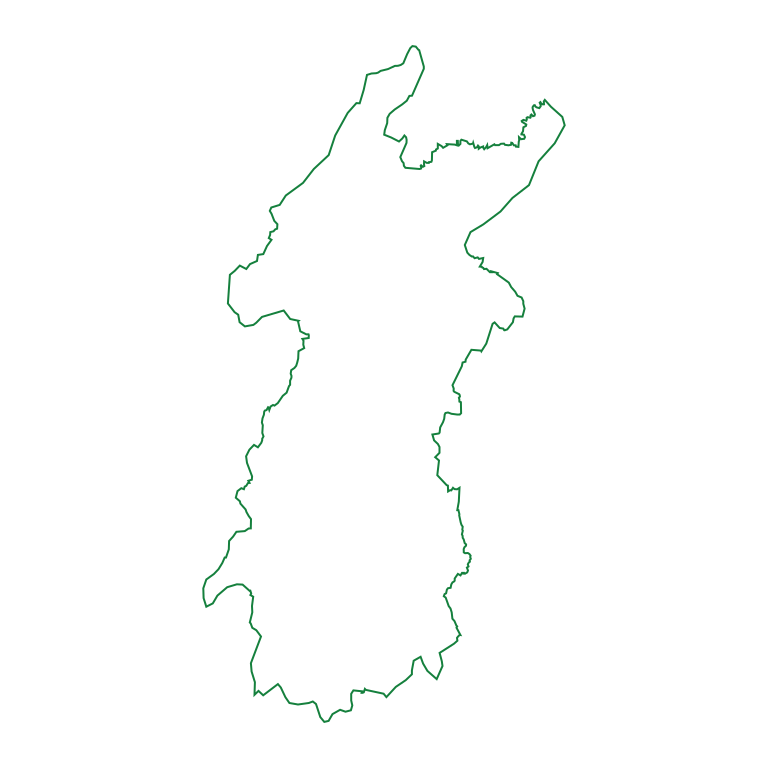 outline of Kota Metro, Lampung, Indonesia
{"feature_id": "22746128B64737377738458", "entity_name": "Kota Metro", "entity_type": "district", "adm_level": 2, "iso_a3": "IDN", "parent_name": "Indonesia", "parent_adm1": "Lampung", "projection": "equal_earth", "projection_center": [105.315, -5.118], "detail": "fine", "context": "isolated", "style": "outline", "palette": "green", "viewbox_px": 768, "rotation_deg": 0, "n_neighbors": 0, "source": "geoboundaries", "source_scale": "gbopen_adm2", "svg_char_len": 6093}
<svg xmlns="http://www.w3.org/2000/svg" viewBox="0 0 768 768"><path d="M254.5,694.8L258.5,690.9L263.2,695.3L277.9,684.1L280.8,687.5L285.4,697.2L289.4,703.0L298.0,704.5L308.8,703.0L312.8,701.5L316.0,704.0L320.3,717.1L324.3,721.9L328.6,720.9L332.5,714.1L340.1,709.8L345.5,711.7L350.9,710.3L352.3,705.4L351.2,700.5L351.2,693.8L353.4,690.4L362.0,691.3L361.6,692.8L362.7,692.8L363.8,692.3L364.9,688.9L365.9,689.9L383.6,693.7L386.4,697.1L395.8,686.9L405.8,680.1L411.9,674.3L411.9,670.4L413.7,660.7L420.6,656.8L423.1,663.6L427.4,670.9L436.7,679.1L442.5,666.0L441.8,661.2L439.6,652.9L454.0,643.7L457.4,640.7L457.0,637.9L457.9,636.7L459.7,634.9L460.4,635.0L456.5,627.7L457.2,626.4L456.4,625.6L454.5,621.1L452.4,618.7L451.7,612.4L450.5,608.5L448.7,606.1L445.7,597.6L443.8,596.2L444.6,594.1L446.1,593.3L446.9,589.6L448.0,588.2L450.6,587.8L451.3,584.4L452.5,582.4L454.3,581.3L454.7,580.5L454.7,578.5L457.9,573.9L460.5,575.4L462.0,572.9L463.7,572.9L463.5,573.6L465.0,573.7L467.2,572.4L468.0,570.5L466.9,567.6L468.5,566.5L467.8,564.3L468.8,562.5L469.9,561.7L469.6,560.3L470.8,558.8L470.2,557.0L470.6,555.7L469.4,554.0L467.8,553.0L465.1,553.2L463.8,552.4L463.7,549.1L464.4,547.3L466.0,545.7L466.1,544.4L464.7,543.1L463.7,539.4L462.7,537.8L462.6,535.8L461.9,534.4L462.8,530.7L462.3,529.7L462.7,526.7L461.4,524.7L460.7,522.4L459.2,515.3L459.4,514.2L458.4,510.1L457.3,510.1L458.8,501.7L459.5,487.8L457.1,489.3L454.5,489.1L453.0,487.8L451.3,490.4L450.1,490.2L448.1,491.4L447.9,485.6L446.6,485.1L437.3,475.2L439.0,460.5L435.2,457.2L439.5,452.8L439.5,447.0L437.9,444.0L434.1,440.4L432.4,434.5L438.8,433.5L439.6,432.6L440.2,427.4L443.0,422.2L444.2,418.8L444.7,414.5L445.5,413.0L448.0,412.5L451.5,413.8L456.9,414.5L459.8,414.5L461.1,413.2L460.9,402.2L459.4,401.6L459.3,399.1L458.9,397.8L459.9,396.6L459.7,395.1L459.2,394.2L454.3,391.8L453.6,390.9L453.7,388.5L452.5,385.2L461.8,366.3L462.6,362.5L465.5,361.7L465.7,359.6L471.4,349.8L481.1,350.6L481.4,351.3L486.3,343.6L492.6,323.8L494.6,322.4L499.7,328.0L503.3,328.6L504.2,330.2L504.7,330.3L507.3,329.4L512.9,322.2L513.6,318.4L514.8,316.4L522.5,316.6L524.6,308.6L523.3,303.8L523.3,301.2L521.6,297.5L517.5,295.8L515.2,291.7L511.2,287.1L508.8,282.6L497.1,274.2L497.8,273.1L491.6,271.4L492.0,272.2L489.9,272.2L486.5,268.8L484.0,269.1L483.3,267.9L482.2,267.5L481.8,266.8L479.8,266.6L482.6,262.0L483.2,258.0L479.0,258.9L477.7,257.4L474.6,258.2L473.0,256.4L471.8,256.5L469.4,254.9L467.3,252.6L464.8,245.0L470.5,232.1L483.3,224.4L500.5,211.5L512.4,198.0L529.0,185.1L538.6,161.3L554.7,143.3L564.7,125.3L562.3,116.9L550.9,106.7L544.8,99.9L543.8,101.4L544.0,104.3L542.8,104.4L541.2,103.4L540.4,102.1L539.7,102.7L540.7,105.1L540.7,106.2L539.3,108.1L536.7,107.4L535.5,106.6L534.8,105.2L534.1,105.2L533.1,106.3L532.6,107.2L532.6,108.1L533.0,110.0L534.9,114.3L534.5,115.7L533.0,116.2L531.4,114.5L530.5,115.4L530.7,117.1L530.4,117.7L527.4,117.2L526.6,117.8L526.8,119.5L526.3,120.7L523.4,119.9L521.7,121.0L522.0,121.8L526.3,124.5L526.0,125.9L523.4,127.3L523.0,131.3L521.4,133.9L521.4,134.4L523.9,134.7L525.0,137.1L524.2,138.8L521.1,139.2L519.0,137.2L519.2,140.4L518.8,141.4L518.4,146.9L515.9,146.6L515.6,145.3L513.8,145.3L512.2,142.9L511.3,142.7L511.0,144.8L508.5,145.3L504.9,144.8L504.0,143.6L500.9,143.8L499.0,145.1L495.0,145.1L494.4,144.3L487.6,148.2L487.2,145.1L486.2,147.0L484.2,149.2L483.1,147.5L483.1,146.5L480.4,147.5L478.8,148.7L478.8,146.5L478.0,145.6L477.0,147.3L475.0,148.0L474.3,146.8L473.2,142.9L473.0,143.6L469.9,144.3L468.3,143.4L466.9,141.4L461.4,139.7L460.4,140.9L460.4,143.9L458.7,145.6L458.0,145.1L457.8,140.9L456.9,140.9L456.9,145.3L454.8,144.6L446.8,144.1L447.4,145.3L443.1,147.8L441.6,146.1L437.8,143.9L437.8,148.5L436.0,149.5L435.8,150.7L432.1,152.2L431.9,160.4L431.4,161.8L428.9,162.2L428.8,162.9L426.8,162.9L424.1,161.4L424.0,164.3L424.3,166.1L422.9,166.8L421.1,165.3L420.7,165.8L421.2,167.3L421.1,168.5L419.6,169.0L405.4,167.8L403.9,165.8L403.6,163.1L402.0,161.2L400.3,157.1L406.5,142.9L406.6,139.8L406.1,137.3L404.4,135.5L402.3,138.5L399.0,141.5L391.2,137.5L384.2,134.7L384.8,130.2L387.2,123.1L387.4,117.8L389.7,113.8L394.7,109.5L402.2,104.4L406.8,100.7L409.4,95.9L412.0,95.7L423.8,68.8L423.8,66.5L419.2,50.2L418.4,49.8L415.8,46.6L412.4,46.1L410.3,48.1L407.2,54.0L403.3,63.3L400.7,65.0L397.9,65.8L394.9,65.9L387.9,69.1L380.6,70.9L378.1,72.6L376.2,73.2L371.5,73.5L367.0,74.9L363.7,89.9L359.7,103.3L356.4,103.1L347.7,112.9L335.2,135.5L328.7,155.1L313.8,169.0L303.0,182.9L285.8,195.5L279.7,204.9L271.3,207.5L269.8,210.9L271.5,213.7L274.3,220.9L277.4,224.2L277.1,228.7L275.3,229.3L273.5,231.3L270.3,232.1L270.1,235.0L268.8,238.1L271.5,239.8L267.0,246.0L263.3,254.1L257.9,254.9L257.0,261.0L250.0,264.1L246.3,269.0L239.8,265.6L234.7,270.9L229.9,274.8L227.9,303.5L234.6,312.2L238.2,314.7L239.6,322.2L244.9,326.4L253.4,324.9L256.3,322.7L262.0,316.9L283.7,310.5L290.2,319.0L298.6,320.8L298.0,321.3L300.3,331.3L306.2,334.3L308.5,334.3L308.8,335.2L308.7,338.0L302.4,338.9L303.5,340.7L303.3,344.7L304.2,348.1L298.5,351.2L298.2,358.5L297.2,362.6L296.2,365.8L294.4,368.0L291.2,370.2L290.7,373.7L291.5,375.9L291.4,377.8L290.1,380.7L290.1,384.8L289.0,386.1L286.6,392.7L282.8,395.8L277.8,403.1L274.5,405.6L273.0,405.0L270.6,406.5L269.3,410.0L268.6,407.5L268.1,407.2L266.5,410.1L264.8,410.6L264.2,411.7L263.9,414.7L262.5,418.4L261.9,422.6L262.8,425.2L262.3,433.0L263.5,436.4L262.2,438.8L262.2,440.3L261.3,442.8L257.9,447.3L254.0,444.9L249.4,449.7L246.1,456.3L247.0,462.9L252.1,476.4L251.8,479.7L248.3,480.8L249.5,482.9L247.9,483.1L246.3,485.8L244.7,486.6L243.9,489.2L241.3,488.2L237.5,491.1L235.8,497.7L239.9,501.3L240.4,503.6L245.6,509.5L246.5,512.1L248.7,516.0L251.0,519.1L250.8,528.4L248.6,528.5L244.8,531.1L236.4,531.8L233.1,536.6L229.1,541.0L228.8,549.4L226.0,557.5L224.7,557.5L222.3,563.0L218.5,569.2L213.9,574.0L206.3,579.5L203.3,588.3L203.6,598.1L206.3,606.7L212.8,603.4L217.4,595.6L227.2,587.2L236.9,584.3L242.6,584.6L250.0,591.2L250.4,590.9L251.2,593.4L250.4,595.0L253.2,596.7L252.0,606.0L252.3,612.3L249.8,622.5L250.7,623.4L252.3,627.8L256.3,630.2L261.0,636.5L250.9,663.2L251.6,671.5L254.9,682.2L254.5,694.8Z" fill="none" stroke="#15803d" stroke-width="2"/></svg>